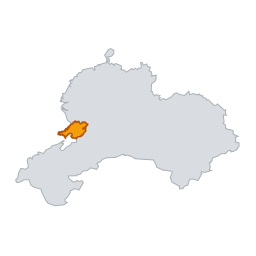 location of Shandong within China, rotated 181°
{"feature_id": "CHN-1814", "entity_name": "Shandong", "entity_type": "Province", "adm_level": 1, "iso_a3": "CHN", "parent_name": "China", "parent_adm1": "", "projection": "robinson", "projection_center": [118.824, 36.396], "detail": "fine", "context": "in_parent", "style": "filled", "palette": "amber", "viewbox_px": 256, "rotation_deg": 181, "n_neighbors": 0, "source": "natural_earth", "source_scale": "10m", "svg_char_len": 8294}
<svg xmlns="http://www.w3.org/2000/svg" viewBox="0 0 256 256"><g transform="rotate(181 128 128)"><path d="M140.9,192.1L135.8,190.0L135.4,187.6L136.4,186.4L132.7,185.7L130.6,183.8L125.3,187.5L124.0,186.4L121.5,187.9L119.6,186.5L118.2,188.2L116.6,187.7L115.8,188.8L116.5,193.7L114.6,193.5L114.0,191.0L110.3,192.3L109.5,189.8L106.6,189.2L108.0,185.6L105.6,184.5L104.9,181.3L105.6,180.3L100.6,181.3L101.2,179.8L100.6,178.0L101.8,175.2L105.2,172.5L105.5,164.7L104.2,164.8L103.5,162.2L101.9,160.6L100.6,161.8L96.6,161.0L97.8,159.4L97.3,158.1L96.2,158.6L97.1,157.2L95.9,156.3L93.3,158.1L90.4,156.9L85.0,160.0L82.6,163.0L79.9,164.0L77.2,162.5L72.0,161.5L67.8,165.9L67.0,162.4L63.1,163.6L59.3,162.3L58.5,163.1L57.5,162.3L56.9,163.2L55.8,161.6L53.6,161.4L53.9,160.1L50.4,158.7L50.0,157.3L48.0,157.5L42.6,152.3L40.2,152.3L38.9,153.6L32.0,147.4L30.6,147.9L30.9,144.9L29.9,142.4L33.0,142.5L32.0,135.7L33.0,134.3L30.6,132.8L30.3,129.0L23.5,127.6L22.7,126.5L22.8,123.8L17.7,121.6L20.7,120.5L20.0,119.5L20.4,115.9L16.7,115.0L16.7,111.2L17.8,110.6L18.5,108.5L22.0,106.5L24.8,105.9L24.9,107.3L27.3,107.1L30.1,104.1L34.6,103.9L37.2,101.7L43.0,99.6L43.3,96.8L44.8,95.9L44.4,95.1L45.9,94.6L45.1,90.4L46.0,87.6L44.0,86.9L50.8,84.8L53.6,85.8L54.2,84.5L53.3,83.7L57.1,76.7L63.0,78.3L65.7,77.3L67.3,71.8L70.5,70.8L72.1,68.3L75.4,68.0L75.5,70.7L83.1,74.6L84.9,79.5L83.0,84.1L83.5,85.5L92.8,86.6L99.0,89.6L98.8,90.7L102.0,96.5L120.5,97.4L122.8,99.1L128.3,100.9L131.2,100.3L131.1,101.3L132.9,101.6L139.5,98.5L148.9,97.8L152.8,96.3L155.1,93.8L158.5,92.1L156.7,89.2L158.6,86.1L164.6,87.5L168.1,84.6L172.1,84.3L175.3,80.7L178.0,80.4L178.4,79.4L187.0,79.0L186.4,76.9L182.2,73.2L179.6,73.2L178.1,74.7L176.1,73.7L173.0,74.5L171.7,72.6L175.9,65.1L180.0,66.5L184.8,64.0L184.5,62.6L187.6,57.4L189.9,55.3L189.5,53.2L187.4,52.6L190.6,50.1L199.4,49.0L206.4,51.2L208.9,54.1L213.6,63.4L213.6,65.2L220.4,67.0L224.2,69.3L226.1,74.5L231.3,74.4L233.5,72.7L237.4,71.5L238.8,72.0L239.3,74.4L237.4,76.2L236.6,80.9L234.4,85.8L229.8,84.9L226.8,87.1L228.2,93.6L227.6,95.7L225.3,96.5L225.7,97.4L223.3,95.3L222.7,97.8L220.0,99.6L216.8,99.8L217.8,101.5L217.3,102.5L212.1,101.0L209.5,104.7L205.6,106.6L203.3,109.0L198.1,110.5L192.0,114.4L191.7,113.5L193.8,112.7L194.3,111.5L192.3,111.5L192.3,110.7L195.9,106.5L194.3,104.3L191.9,104.7L189.4,107.7L185.4,109.8L183.9,112.4L179.5,112.6L179.0,115.8L183.7,117.5L183.8,120.7L185.0,121.6L186.8,121.5L188.6,119.1L190.5,118.4L193.8,120.1L197.6,120.4L196.4,123.0L194.9,122.4L190.7,123.8L190.1,126.1L188.4,125.8L188.8,126.8L184.6,131.9L188.7,134.5L191.0,141.8L194.7,145.2L194.5,146.1L189.8,144.3L187.9,145.0L190.5,144.8L194.8,149.0L191.2,152.0L189.5,152.0L188.6,152.7L192.6,152.4L195.8,154.4L193.6,156.1L195.4,156.1L195.2,157.7L193.4,157.7L194.3,158.5L193.5,159.9L194.0,161.5L192.2,161.3L190.7,162.8L188.0,169.0L186.3,168.3L187.4,170.3L185.8,171.6L184.5,171.3L186.4,171.8L186.4,174.6L184.7,174.3L185.1,175.3L183.9,175.4L182.7,178.1L179.5,178.7L180.3,179.8L177.6,182.7L175.9,182.5L174.1,185.6L164.6,187.6L162.6,184.9L161.9,185.8L162.7,188.9L160.9,189.0L158.9,190.9L158.1,190.0L157.8,191.1L156.4,190.6L155.1,191.9L150.4,192.9L149.4,194.7L150.8,196.6L150.1,197.6L148.3,197.3L147.5,194.8L148.6,192.3L147.1,191.3L145.5,192.5L142.9,190.3L143.0,191.6L140.9,192.1ZM151.3,198.3L152.7,200.5L148.9,206.0L146.7,207.0L143.6,205.6L143.5,202.1L145.8,199.5L151.3,198.3ZM194.9,147.0L193.6,146.8L192.4,145.6L193.4,145.8L194.9,147.0ZM196.6,153.5L195.6,153.7L195.3,153.1L196.6,153.5ZM187.2,173.7L186.7,174.4L186.8,173.5L187.2,173.7ZM149.9,194.4L150.8,194.0L150.8,194.6L149.9,194.4Z" fill="#d9dde1" stroke="#a8b0b8" stroke-width="1"/><path d="M179.6,116.5L180.0,116.6L180.2,116.8L180.3,116.8L180.5,116.9L180.4,117.0L180.6,117.1L180.8,117.1L181.1,117.0L181.9,117.2L182.3,117.4L182.5,117.1L183.4,117.0L183.8,117.3L183.7,117.4L183.8,117.5L183.9,117.9L184.1,117.9L184.3,118.1L184.4,118.4L184.7,118.6L184.9,118.7L184.9,119.0L184.4,118.9L184.2,118.9L184.0,119.3L183.9,119.4L183.8,119.8L183.8,120.5L183.8,120.9L184.5,121.4L185.0,121.6L185.6,121.7L185.9,121.6L186.4,121.6L186.8,121.5L186.9,121.4L187.3,121.1L187.1,120.6L187.9,120.2L188.4,119.9L188.8,119.5L188.9,119.3L188.8,119.2L188.5,119.1L189.0,119.1L189.4,118.8L189.7,118.8L190.4,118.4L190.8,118.5L191.1,118.5L191.4,118.8L191.5,119.0L191.9,119.0L191.9,119.3L192.0,119.6L192.5,119.6L192.8,119.4L192.7,119.3L192.9,119.4L193.0,119.5L192.9,119.5L193.1,119.9L193.2,120.1L193.4,120.1L193.5,120.3L193.9,120.2L193.6,120.2L193.8,120.0L194.1,120.1L194.9,120.1L195.0,120.1L194.9,120.2L194.9,120.3L195.1,120.3L195.1,120.2L195.2,119.8L195.4,119.7L195.5,119.7L195.7,119.8L195.6,120.0L195.8,120.3L196.0,120.1L196.2,120.3L196.9,120.3L197.2,120.4L197.4,120.3L197.7,120.3L197.7,120.5L197.2,120.6L197.3,120.9L197.2,120.8L197.2,121.0L197.3,121.1L197.4,121.3L197.5,121.3L197.3,121.4L197.2,121.4L197.3,121.5L197.0,121.5L196.9,121.6L196.8,121.8L196.6,122.1L196.8,122.1L197.2,122.1L197.1,122.6L196.9,122.6L196.7,122.5L196.8,122.8L196.7,122.8L196.5,123.0L196.3,123.0L195.8,122.9L195.8,122.7L196.1,122.7L195.8,122.4L195.8,122.2L195.7,122.2L195.7,122.4L195.5,122.6L195.3,122.7L195.3,122.4L194.9,122.2L194.8,122.3L195.0,122.5L194.8,122.6L194.4,122.7L194.1,122.9L193.8,123.0L194.0,122.9L193.8,123.0L193.8,123.3L193.6,123.2L193.4,123.3L193.3,123.2L193.5,123.1L193.7,122.9L193.3,123.1L193.2,123.0L193.1,123.3L192.8,123.4L192.8,123.5L192.6,123.5L192.0,123.7L191.7,124.0L191.6,123.9L191.6,124.0L191.2,124.0L191.2,123.9L190.9,123.8L190.5,123.9L190.5,124.0L190.5,124.3L190.8,124.0L191.0,124.2L191.2,124.3L191.3,124.2L191.2,124.5L191.1,124.8L191.0,125.0L190.9,125.0L190.9,124.8L190.8,124.6L190.5,124.6L190.3,125.0L190.1,125.2L190.3,126.0L190.1,126.2L189.8,126.2L189.7,126.3L189.0,126.5L188.8,126.4L189.1,125.8L189.0,125.7L188.9,125.7L188.7,125.6L188.7,125.8L188.8,125.8L188.5,125.8L188.5,125.7L188.1,125.8L188.1,125.7L188.0,125.8L188.0,126.0L188.1,126.3L188.3,126.4L188.4,126.7L188.5,126.8L188.6,126.7L188.6,126.8L188.8,126.6L188.8,126.8L188.6,127.0L188.4,127.2L188.4,126.9L188.2,127.1L187.9,127.4L187.7,127.9L187.4,127.8L187.5,128.0L187.3,128.2L187.4,128.4L187.2,128.5L187.1,128.3L187.1,128.2L187.0,128.3L186.9,128.5L186.7,128.4L186.4,128.6L186.0,129.5L185.9,129.7L185.6,129.8L185.6,130.0L185.3,130.8L185.0,130.9L184.9,130.7L184.7,130.7L184.3,131.0L183.8,131.0L183.4,131.1L183.4,131.5L183.1,132.0L183.0,132.4L182.9,132.6L182.4,132.5L182.2,132.5L181.9,132.9L181.8,133.0L181.7,133.6L181.5,133.8L180.8,133.9L180.8,133.7L180.7,133.5L180.8,133.3L180.6,133.1L180.5,132.8L179.9,132.7L179.5,132.7L179.4,132.8L179.3,133.4L179.0,133.3L178.6,133.6L178.2,133.6L177.7,133.1L177.4,133.3L177.3,133.7L177.2,133.7L177.0,133.2L176.7,132.5L176.4,132.2L176.3,131.9L175.8,131.4L175.6,131.5L175.1,131.5L174.5,131.7L174.3,131.9L174.2,132.3L174.1,132.5L174.1,132.8L173.6,133.1L173.4,133.1L173.2,133.2L173.0,132.9L172.8,133.0L172.6,132.9L172.5,133.0L172.2,133.1L171.5,133.0L171.3,133.1L170.9,133.1L170.6,132.7L170.5,132.2L170.1,131.9L169.9,131.9L169.8,132.0L169.7,131.9L169.8,131.7L169.6,131.5L168.9,131.2L168.6,131.2L168.3,131.1L168.4,130.7L168.4,130.4L168.7,130.2L169.2,129.5L169.4,129.4L169.5,129.3L169.9,129.3L170.1,129.1L170.2,128.8L170.2,128.7L170.4,128.7L170.5,128.4L170.8,128.1L170.9,127.9L171.3,127.9L171.7,127.5L171.8,127.4L172.3,127.3L172.3,127.2L172.2,127.1L172.4,126.8L172.6,126.8L172.9,126.9L173.0,126.5L173.1,126.4L173.0,126.2L172.5,126.6L172.1,126.6L171.8,126.8L171.5,127.0L171.0,127.1L170.7,127.1L170.6,127.4L170.5,127.5L170.3,127.7L170.2,127.7L170.2,127.0L170.6,126.7L170.7,126.4L170.7,126.0L170.7,125.6L170.5,125.4L170.3,125.3L170.3,125.1L170.1,124.5L170.3,124.1L170.5,123.7L170.8,123.4L171.4,123.1L171.5,123.0L171.6,122.8L171.9,122.4L172.0,122.2L172.3,121.9L172.4,121.3L172.7,121.0L172.7,120.7L173.0,120.6L173.3,120.5L173.5,120.6L173.8,120.4L173.7,120.3L173.6,120.2L173.8,119.9L173.8,119.7L174.1,119.4L174.2,119.6L174.2,119.9L174.4,120.0L174.5,119.9L175.0,119.4L175.2,119.0L175.5,118.8L175.6,118.6L175.8,118.4L176.5,118.5L176.8,118.4L178.1,118.4L178.4,118.0L178.5,117.6L179.1,117.4L179.3,117.1L179.4,116.8L179.4,116.6L179.6,116.5ZM190.4,117.9L190.5,118.0L190.4,118.1L190.4,117.9ZM190.3,117.8L190.2,117.8L190.3,117.7L190.3,117.8ZM189.9,117.8L190.0,117.8L189.9,117.8L189.9,117.8ZM190.7,116.4L190.8,116.3L190.7,116.4ZM190.4,116.9L190.5,117.0L190.4,117.0L190.4,116.9Z" fill="#f59e0b" stroke="#b45309" stroke-width="1.5"/></g></svg>